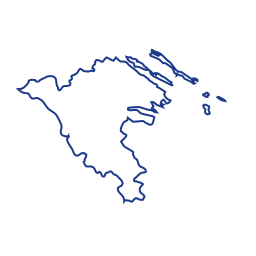 Zadarska, Equal Earth projection, rotated 169°
{"feature_id": "HRV-1493", "entity_name": "Zadarska", "entity_type": "County", "adm_level": 1, "iso_a3": "HRV", "parent_name": "Croatia", "parent_adm1": "", "projection": "equal_earth", "projection_center": [15.553, 44.407], "detail": "fine", "context": "isolated", "style": "outline", "palette": "blue", "viewbox_px": 256, "rotation_deg": 169, "n_neighbors": 0, "source": "natural_earth", "source_scale": "10m", "svg_char_len": 5899}
<svg xmlns="http://www.w3.org/2000/svg" viewBox="0 0 256 256"><g transform="rotate(169 128 128)"><path d="M145.7,56.8L145.4,57.8L145.8,61.2L147.2,63.9L148.8,66.3L149.8,68.8L149.3,71.2L147.5,72.0L145.4,72.6L143.9,74.4L144.0,76.7L145.2,79.0L147.8,83.0L148.4,83.7L150.8,85.3L151.6,86.5L152.3,87.9L153.2,88.8L154.7,88.6L155.7,88.2L157.6,88.1L158.4,87.8L159.2,87.0L159.8,85.8L160.5,85.0L161.8,85.1L162.5,85.8L163.5,89.6L164.3,90.4L165.2,90.2L166.1,89.7L166.8,89.8L168.0,91.3L168.7,94.6L170.1,96.5L171.2,97.1L172.5,97.5L175.0,97.9L176.3,98.4L177.1,99.7L177.6,101.4L178.0,103.2L177.0,103.7L176.5,105.5L174.8,107.6L174.0,109.7L176.1,111.9L178.3,112.1L182.1,110.5L184.3,110.9L185.5,112.4L186.2,114.7L186.7,117.4L189.3,124.0L190.0,126.6L190.0,128.6L189.4,129.6L187.8,130.7L187.8,131.8L188.2,131.3L189.3,131.4L191.2,131.8L193.4,133.1L194.5,134.2L194.8,135.5L194.6,137.8L194.2,138.9L193.1,141.1L192.9,142.6L193.0,144.6L194.0,148.8L195.9,154.6L197.6,157.0L202.2,161.5L203.7,164.0L206.0,169.3L207.5,171.7L209.6,173.5L210.7,174.4L211.8,174.9L212.9,175.0L215.6,174.9L216.6,175.3L218.0,177.3L218.5,179.3L219.3,180.9L223.9,182.5L225.7,183.8L227.4,185.6L228.5,187.2L225.0,186.8L222.6,187.6L219.1,189.8L217.2,191.5L216.7,192.8L216.3,193.3L215.2,193.7L213.4,193.7L210.1,192.8L209.5,191.4L208.1,190.8L207.4,190.8L206.8,190.8L206.3,191.0L205.2,191.8L197.7,193.9L195.5,193.9L193.6,193.6L191.3,192.7L190.2,191.5L189.6,190.3L189.5,189.3L189.6,186.6L189.8,184.6L189.6,182.8L189.0,181.1L189.1,179.8L189.0,179.2L188.3,178.1L187.1,178.3L184.5,180.7L183.2,181.3L182.3,181.3L180.2,180.9L177.7,180.9L177.0,181.1L176.6,181.4L176.2,182.2L176.0,182.8L176.1,183.6L176.7,184.8L176.6,185.2L176.3,185.8L174.4,186.2L173.8,186.8L173.5,187.7L173.7,189.6L173.2,190.0L169.4,190.8L168.7,191.0L167.0,192.1L164.9,194.4L164.3,194.9L163.8,195.1L163.5,195.1L162.9,194.8L160.5,192.3L156.8,191.1L155.5,191.0L153.4,191.3L152.8,191.2L151.3,190.4L150.8,190.4L150.5,190.6L149.9,191.3L149.9,191.6L150.1,192.1L151.5,193.5L151.5,193.8L151.3,194.3L150.4,195.6L149.8,196.1L148.3,196.9L148.0,197.3L147.6,199.2L147.2,199.9L146.5,200.5L145.8,200.7L145.2,200.6L143.1,199.6L140.8,197.8L140.4,197.8L136.5,200.9L135.9,201.3L135.4,201.3L131.6,198.2L129.3,196.8L126.4,199.5L124.1,196.3L122.8,194.9L121.2,194.3L119.7,194.0L118.7,193.8L118.0,193.4L116.8,192.6L115.1,189.6L109.4,183.2L106.7,179.3L104.8,177.5L102.7,176.7L98.3,171.7L98.4,171.2L93.7,166.4L92.6,165.8L91.6,165.1L91.2,164.1L91.6,162.7L90.0,161.6L84.5,156.4L86.2,154.0L85.3,151.0L83.2,148.4L81.0,147.0L82.2,145.6L84.2,144.6L85.9,144.9L86.7,147.5L87.9,149.0L90.1,148.0L91.1,145.9L88.8,144.2L89.6,144.0L89.8,143.7L90.2,144.2L91.0,144.2L90.4,142.6L90.1,142.0L95.3,145.2L97.4,147.8L98.6,148.7L100.2,148.9L98.8,144.2L99.7,143.9L100.2,143.6L101.0,142.4L99.6,141.9L98.5,140.9L97.5,139.5L96.7,137.8L98.7,138.5L101.6,141.0L104.6,142.0L112.0,146.0L113.7,146.6L121.9,147.7L124.1,147.5L124.5,146.0L123.0,145.1L116.2,144.2L115.7,143.8L112.6,140.0L111.7,139.4L101.6,134.9L100.1,133.5L102.4,128.7L102.8,128.1L103.7,127.2L104.5,126.9L105.3,126.9L106.1,127.1L107.3,127.9L109.7,129.8L111.2,131.4L112.3,132.1L121.7,133.1L122.8,134.2L126.3,138.1L127.1,135.9L128.4,135.2L129.4,135.1L130.8,134.6L131.9,133.6L133.5,131.5L134.4,130.1L135.1,128.5L135.5,127.2L135.6,126.3L135.4,125.8L134.3,125.0L134.0,124.6L133.8,123.6L133.5,123.3L131.7,122.3L131.2,121.7L131.0,121.0L131.3,120.4L132.1,119.6L137.4,115.9L135.7,111.6L134.3,109.7L128.0,104.2L127.6,103.4L127.5,102.8L128.1,101.8L128.2,101.5L127.3,97.6L126.8,96.9L125.2,95.3L125.0,94.4L124.8,91.9L124.4,89.8L123.8,88.5L123.2,87.7L120.8,86.1L120.1,85.5L119.1,84.3L118.7,83.2L118.7,82.0L119.0,81.5L119.7,81.3L123.4,81.4L124.2,81.2L124.9,80.9L126.2,80.1L127.3,79.6L128.3,78.7L131.3,77.1L131.8,76.3L132.1,75.3L132.0,74.7L131.6,74.4L129.9,74.0L129.3,73.7L128.1,72.8L126.4,72.1L124.8,71.0L124.2,70.4L124.1,70.0L124.3,69.6L126.4,68.2L127.7,66.9L128.4,64.3L128.1,62.5L125.4,59.0L125.1,58.3L124.9,57.8L124.9,57.3L125.1,57.0L125.9,56.3L127.0,54.8L127.6,54.7L128.5,54.9L130.7,55.7L132.9,57.4L133.8,57.6L135.8,56.7L137.7,55.1L138.1,55.0L138.7,55.1L141.0,56.6L142.6,57.0L143.4,57.5L144.8,57.5L145.7,56.8ZM84.5,189.6L92.0,194.6L92.3,196.2L89.8,197.0L84.6,193.1L83.3,193.5L83.7,193.9L84.4,195.3L87.1,197.0L87.7,197.6L88.5,198.1L89.3,198.1L89.9,198.2L90.1,199.4L89.6,200.1L88.6,199.5L87.6,198.5L87.3,198.1L83.6,196.0L82.0,194.7L80.5,192.9L76.4,186.9L73.9,184.1L69.8,175.7L67.7,173.8L64.8,172.6L56.0,163.7L55.7,162.2L55.2,161.0L53.9,159.0L54.4,158.9L55.3,159.0L57.3,161.3L63.1,165.6L64.7,168.8L65.6,169.3L67.0,169.7L67.9,170.5L68.8,170.9L70.2,170.2L69.5,172.1L71.0,172.3L71.8,173.0L72.2,174.4L72.3,176.2L72.8,177.9L73.7,179.2L78.6,184.2L79.7,184.8L81.3,185.0L81.6,185.7L84.5,189.6ZM100.9,187.4L100.4,185.8L97.6,182.8L96.6,181.3L98.6,181.3L100.3,182.1L105.9,186.0L109.4,186.9L109.7,187.6L110.0,189.9L110.2,190.6L110.8,191.3L112.2,191.9L113.0,192.4L113.9,193.4L114.8,194.8L115.5,196.5L115.9,198.1L114.3,197.3L111.8,196.9L111.4,196.3L111.2,195.7L110.8,195.3L108.2,194.5L106.8,193.7L105.9,192.4L106.3,192.1L106.6,191.6L105.2,191.0L103.3,189.8L101.7,188.4L100.9,187.4ZM95.9,180.4L94.6,179.0L93.6,177.2L92.7,176.0L91.6,176.7L90.9,176.7L90.8,176.1L90.2,174.8L89.1,176.3L87.1,174.9L84.9,172.5L82.1,170.3L78.5,166.1L76.6,164.7L76.9,164.1L77.3,163.7L76.0,160.9L92.9,173.8L95.2,176.5L95.9,180.4ZM48.6,131.7L49.4,133.1L50.0,135.5L48.9,136.4L47.2,135.9L46.1,135.1L44.2,133.6L44.4,132.5L45.5,130.9L45.0,126.7L45.9,126.3L47.0,126.2L48.3,126.8L49.2,128.0L49.3,129.3L48.5,131.3L48.6,131.7ZM44.6,143.3L46.0,144.2L47.9,145.9L47.7,146.7L46.2,146.7L45.2,147.0L44.6,147.7L43.4,147.4L42.3,146.0L42.5,144.9L43.5,144.9L43.9,144.5L43.9,143.4L44.6,143.3ZM29.4,136.7L32.5,138.8L34.4,141.1L33.9,141.5L32.2,140.6L27.9,137.0L27.5,135.9L29.4,136.7ZM53.1,162.7L53.9,162.2L54.6,162.2L55.3,162.8L55.9,163.8L54.5,164.3L52.3,163.6L50.7,162.1L51.0,160.0L51.5,161.4L52.4,162.4L53.1,162.7Z" fill="none" stroke="#1e3a8a" stroke-width="2"/></g></svg>